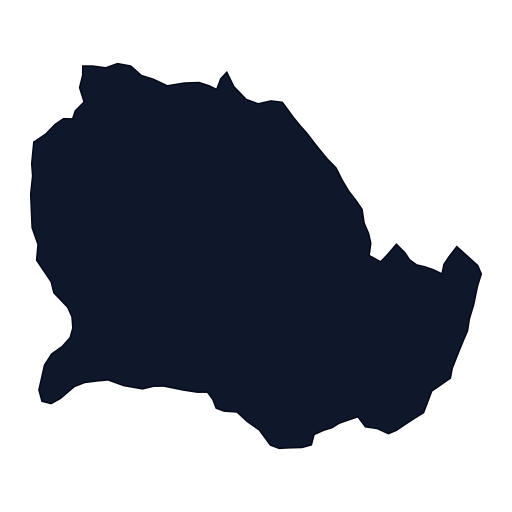 the district of Turiúba, São Paulo, Brazil
{"feature_id": "56859067B31952652280306", "entity_name": "Turiúba", "entity_type": "district", "adm_level": 2, "iso_a3": "BRA", "parent_name": "Brazil", "parent_adm1": "São Paulo", "projection": "albers", "projection_center": [-50.105, -20.938], "detail": "fine", "context": "isolated", "style": "filled", "palette": "ink", "viewbox_px": 512, "rotation_deg": 0, "n_neighbors": 0, "source": "geoboundaries", "source_scale": "gbopen_adm2", "svg_char_len": 1557}
<svg xmlns="http://www.w3.org/2000/svg" viewBox="0 0 512 512"><path d="M388.4,433.7L396.3,430.4L404.7,424.7L412.4,419.6L423.6,412.6L431.8,391.0L440.4,385.1L450.4,378.1L452.2,368.4L457.6,354.6L463.6,339.9L467.5,330.9L469.4,318.8L473.7,304.6L475.6,295.3L477.7,285.3L481.3,274.0L477.7,265.5L456.8,246.6L449.2,256.5L443.9,264.4L442.0,273.9L433.2,269.7L424.8,266.8L416.6,264.9L409.6,259.8L404.8,252.6L396.4,244.2L387.6,254.6L380.6,261.8L369.1,255.5L370.8,243.2L368.6,233.5L364.1,223.0L362.1,209.4L355.9,200.4L348.7,191.1L342.2,180.2L336.0,167.9L327.2,158.9L317.1,146.6L307.0,133.4L299.8,125.3L292.9,116.8L287.9,109.9L282.3,102.3L271.0,100.9L258.1,103.8L246.2,99.4L233.9,86.7L226.8,72.2L220.7,78.8L216.7,89.5L209.2,85.8L199.0,82.5L184.6,83.0L167.3,85.8L153.2,79.2L141.4,75.5L130.7,66.0L117.5,63.6L105.7,67.8L92.4,66.0L82.7,66.0L82.7,75.0L79.6,87.7L84.1,102.0L75.3,110.8L72.6,118.9L63.5,118.7L55.1,124.4L45.8,134.0L33.8,142.1L31.7,163.6L32.6,175.9L30.7,194.2L32.1,227.7L38.0,244.4L36.6,260.2L51.2,281.8L53.8,292.7L67.8,307.4L72.0,316.9L72.8,328.1L70.1,337.7L62.2,346.5L51.6,354.0L44.5,365.1L38.9,389.9L42.0,401.3L51.1,403.6L60.3,398.5L74.4,386.5L84.7,382.5L96.5,381.0L108.0,379.9L123.8,385.6L142.6,388.9L153.6,386.2L163.9,386.1L183.1,390.0L197.4,392.2L207.5,392.2L212.8,399.4L216.2,408.2L224.1,411.1L237.0,412.0L247.1,421.4L259.3,430.0L270.4,445.1L279.2,448.4L287.6,447.9L302.0,447.5L311.4,444.9L314.0,434.6L324.1,430.1L332.0,427.7L339.0,423.3L346.9,420.5L357.9,416.8L365.4,426.8L377.3,428.6L388.4,433.7Z" fill="#0f172a" stroke="#020617" stroke-width="1.5"/></svg>